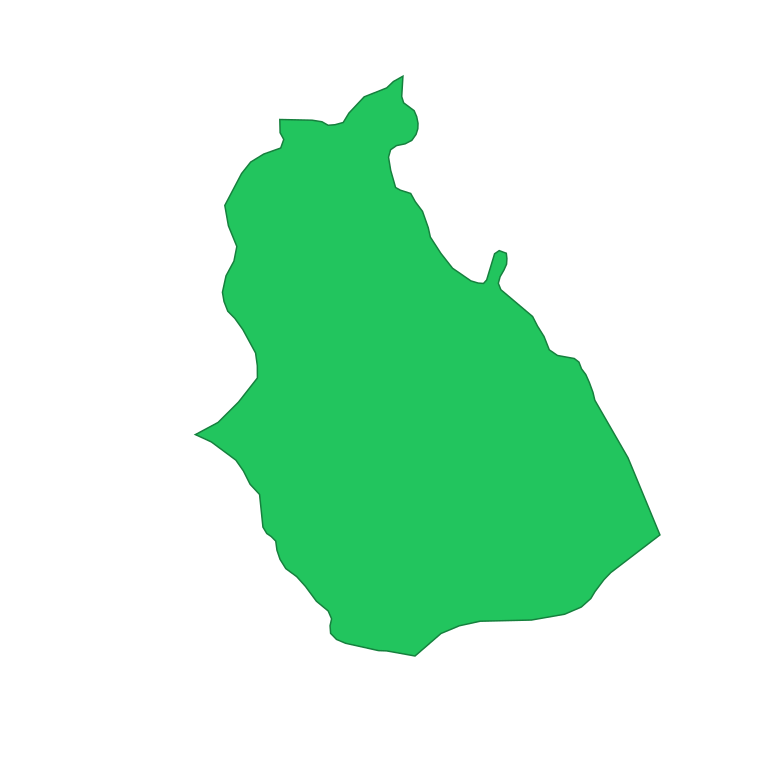 an SVG outline of Amran, rotated 156°
{"feature_id": "YEM-155", "entity_name": "Amran", "entity_type": "Governorate", "adm_level": 1, "iso_a3": "YEM", "parent_name": "Yemen", "parent_adm1": "", "projection": "orthographic", "projection_center": [43.957, 16.092], "detail": "fine", "context": "isolated", "style": "filled", "palette": "green", "viewbox_px": 768, "rotation_deg": 156, "n_neighbors": 0, "source": "natural_earth", "source_scale": "10m", "svg_char_len": 1575}
<svg xmlns="http://www.w3.org/2000/svg" viewBox="0 0 768 768"><g transform="rotate(156 384 384)"><path d="M294.4,100.0L312.5,100.2L345.3,108.4L392.7,128.2L413.6,132.5L433.4,132.9L466.3,122.9L490.3,139.2L497.5,142.7L524.5,162.7L531.3,170.0L534.2,177.9L531.6,185.1L527.4,190.8L527.3,199.3L534.1,213.0L538.1,231.1L542.1,243.5L548.8,255.3L550.3,266.1L549.4,275.7L546.8,284.5L549.1,290.6L551.9,295.1L552.8,302.5L542.6,333.7L547.1,346.8L547.8,361.8L550.3,374.7L565.3,401.3L576.9,414.5L551.2,416.4L524.2,426.7L497.2,441.0L492.3,452.2L488.7,464.6L490.8,491.1L493.6,504.7L497.1,514.0L496.6,524.4L494.3,533.5L484.3,547.1L471.1,557.3L462.5,569.5L461.8,591.8L456.8,611.9L428.5,634.2L415.5,641.0L400.3,643.0L382.4,641.6L376.1,648.2L376.7,655.8L371.6,668.0L342.3,654.2L334.0,648.8L329.8,643.1L323.3,640.8L314.9,639.5L305.8,645.8L285.3,654.4L261.1,653.4L252.4,656.5L241.5,657.5L250.9,639.4L251.7,632.9L245.3,621.4L245.4,614.9L246.9,608.3L249.3,603.4L253.2,599.0L259.4,595.3L267.0,594.8L275.6,596.7L282.7,595.3L287.6,589.4L291.0,576.4L293.5,558.8L290.2,554.4L282.1,547.2L281.3,537.9L278.6,526.1L280.0,508.7L281.9,499.4L278.9,480.2L274.3,461.9L262.7,442.9L256.9,437.9L252.2,435.4L247.9,437.3L230.0,458.0L224.5,459.0L219.1,453.7L220.7,448.6L223.3,443.6L228.1,439.3L234.3,434.8L238.6,429.5L238.9,422.6L220.8,385.2L220.2,374.4L218.5,362.3L219.1,348.0L213.9,339.5L199.8,329.9L197.0,324.7L197.4,317.5L195.8,310.5L195.8,302.0L196.5,291.4L198.0,283.5L191.1,217.3L193.3,133.9L253.5,119.5L262.6,115.8L275.6,108.6L282.3,103.9L294.4,100.0Z" fill="#22c55e" stroke="#15803d" stroke-width="1.5"/></g></svg>